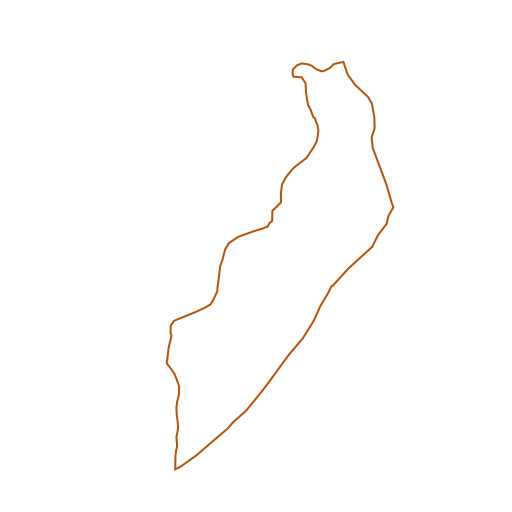 Bassa, Kogi, Nigeria, rotated 150°
{"feature_id": "59680162B66680936539808", "entity_name": "Bassa", "entity_type": "district", "adm_level": 2, "iso_a3": "NGA", "parent_name": "Nigeria", "parent_adm1": "Kogi", "projection": "albers", "projection_center": [7.028, 7.745], "detail": "fine", "context": "isolated", "style": "outline", "palette": "amber", "viewbox_px": 512, "rotation_deg": 150, "n_neighbors": 0, "source": "geoboundaries", "source_scale": "gbopen_adm2", "svg_char_len": 1571}
<svg xmlns="http://www.w3.org/2000/svg" viewBox="0 0 512 512"><g transform="rotate(150 256 256)"><path d="M432.6,111.7L426.3,111.3L413.1,112.6L407.7,113.1L366.3,120.9L358.5,123.6L341.8,127.0L314.4,137.5L277.5,153.8L256.2,161.5L254.6,162.4L248.5,165.7L238.6,170.9L224.8,180.8L212.1,187.8L206.0,192.0L204.6,191.8L182.4,198.9L166.7,202.4L150.6,205.9L148.2,207.6L139.5,213.3L126.7,218.6L121.6,224.2L121.5,224.3L112.7,229.5L112.0,233.6L107.2,253.4L100.8,291.5L96.4,301.1L89.4,307.3L84.2,316.9L79.4,330.1L79.4,337.5L84.6,354.7L85.9,367.0L85.4,369.9L83.3,380.4L92.7,383.3L98.2,381.9L105.5,382.4L107.5,383.8L110.7,388.1L112.5,392.7L115.0,395.9L120.0,399.8L124.5,400.7L130.6,399.3L133.3,395.4L133.9,392.5L127.1,388.0L126.7,380.8L130.6,373.3L133.8,365.3L135.4,360.5L135.6,354.5L136.6,350.4L136.8,347.4L136.1,345.8L136.8,343.3L137.1,340.6L137.2,339.0L139.1,333.7L142.2,329.4L146.5,324.6L152.6,320.9L163.3,315.7L178.7,313.6L183.0,312.2L190.4,309.4L197.8,304.9L203.4,297.4L207.5,290.0L213.3,288.4L219.3,286.9L224.4,278.4L227.8,277.8L231.1,275.7L236.3,276.4L246.9,278.9L261.8,281.5L273.0,280.7L279.3,277.2L283.5,273.0L286.7,269.7L291.8,265.4L305.4,247.5L307.2,244.8L307.7,244.4L315.6,238.9L319.7,236.8L326.6,236.8L336.2,237.7L359.4,240.9L364.7,238.3L368.4,232.2L369.1,229.2L371.4,226.6L374.3,223.7L377.9,219.8L384.5,210.8L385.8,209.7L386.9,207.2L386.8,206.2L386.0,201.0L385.6,194.0L387.6,181.8L391.5,175.2L397.3,169.0L400.5,164.9L403.9,158.5L406.2,152.8L409.3,146.1L415.4,139.1L419.5,130.6L422.7,127.2L425.6,123.3L432.6,111.7Z" fill="none" stroke="#b45309" stroke-width="2"/></g></svg>